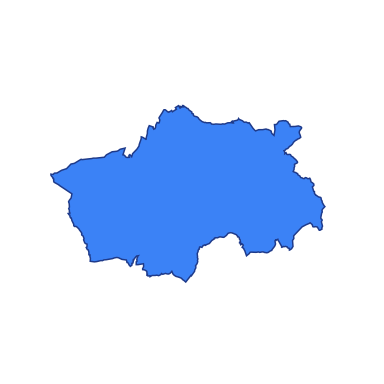 the district of Malovat, Mehedinti, Romania, rotated 120°
{"feature_id": "2599482B51625304248487", "entity_name": "Malovat", "entity_type": "district", "adm_level": 2, "iso_a3": "ROU", "parent_name": "Romania", "parent_adm1": "Mehedinti", "projection": "mercator", "projection_center": [22.741, 44.72], "detail": "fine", "context": "isolated", "style": "filled", "palette": "blue", "viewbox_px": 384, "rotation_deg": 120, "n_neighbors": 0, "source": "geoboundaries", "source_scale": "gbopen_adm2", "svg_char_len": 6051}
<svg xmlns="http://www.w3.org/2000/svg" viewBox="0 0 384 384"><g transform="rotate(120 192 192)"><path d="M283.9,195.9L283.2,194.2L283.2,191.9L283.4,191.4L284.7,190.5L286.3,189.6L285.9,189.3L286.7,188.9L286.7,188.1L285.6,186.5L286.3,186.0L284.2,184.8L282.8,182.3L281.6,180.9L281.1,179.0L279.0,177.6L277.9,177.7L277.9,176.2L275.8,174.3L275.3,172.4L274.6,171.1L273.0,170.2L270.8,169.8L272.6,167.3L273.0,165.8L273.1,163.7L272.5,161.5L272.0,158.6L272.1,157.6L272.6,156.2L272.6,155.0L273.1,152.4L264.7,151.2L264.9,150.6L259.4,150.1L258.0,150.7L256.1,150.7L254.9,151.2L254.3,152.0L251.6,151.8L249.5,152.2L248.6,153.0L246.9,153.5L246.2,154.5L245.5,154.7L242.7,156.7L240.4,157.0L239.3,157.6L238.0,157.2L237.9,157.5L236.6,157.5L236.1,157.9L235.4,157.6L235.0,155.7L232.7,155.6L232.4,155.0L231.7,154.8L231.3,154.3L231.5,153.7L231.3,153.5L230.5,153.3L227.9,151.2L224.1,150.6L221.2,149.1L221.0,149.5L220.0,149.1L218.9,147.0L216.9,145.5L215.6,142.2L215.2,141.7L212.4,140.5L209.7,140.1L208.1,138.5L207.4,136.9L206.8,132.3L207.3,130.8L208.0,130.1L207.6,129.7L207.8,128.4L209.1,127.3L209.2,126.6L210.8,125.2L211.7,125.7L212.3,125.4L212.2,124.7L213.2,123.7L213.4,123.4L212.6,123.0L211.9,123.5L211.9,122.3L212.4,121.0L214.9,120.9L215.0,119.1L215.9,118.0L216.4,117.0L220.0,112.9L216.6,111.6L215.3,111.6L214.6,110.9L212.2,106.3L210.7,104.5L210.4,103.1L208.8,101.3L208.1,99.9L208.2,99.3L207.2,96.8L206.2,95.8L203.7,94.6L202.7,93.7L202.1,93.9L197.8,93.3L195.8,93.5L194.6,94.1L193.7,95.1L192.6,95.7L192.0,95.0L191.5,95.5L191.3,95.1L190.0,94.0L191.0,93.1L191.1,92.5L194.2,87.3L195.0,86.8L195.0,86.5L193.5,85.7L193.5,85.1L192.4,83.9L192.1,83.0L191.9,82.2L192.4,81.7L192.5,80.6L192.2,79.6L193.6,78.6L193.1,78.2L191.4,77.4L188.7,77.3L183.7,80.7L181.5,80.5L179.2,82.0L178.8,82.0L167.1,79.2L163.4,76.9L160.5,74.7L159.6,74.3L160.1,71.7L161.6,70.0L161.3,69.0L160.1,67.5L159.7,65.9L161.5,62.7L161.2,62.1L159.2,60.9L158.2,61.6L156.3,61.9L153.6,64.6L152.7,65.2L151.6,65.1L151.0,65.5L150.7,66.2L150.8,66.7L150.2,67.4L149.4,67.8L145.3,69.2L144.6,69.1L143.6,69.6L143.2,70.1L141.8,70.4L138.2,69.6L137.7,71.0L135.9,74.0L134.8,74.8L134.0,76.2L132.6,77.3L132.4,77.9L133.0,80.1L132.7,83.0L132.9,83.3L132.4,83.9L132.4,84.5L132.0,85.2L130.4,86.2L130.6,86.9L127.4,90.3L125.5,89.7L124.2,90.5L123.8,92.2L123.7,94.0L121.8,95.8L121.2,96.9L121.7,97.1L122.6,98.5L122.5,100.0L122.9,101.1L124.3,101.5L124.8,102.7L124.7,103.7L125.1,105.2L124.2,106.5L124.1,109.0L123.2,109.8L123.5,110.7L123.2,111.8L123.5,112.4L123.7,114.6L121.1,115.0L120.1,115.7L118.5,115.9L116.8,117.1L114.1,115.4L113.4,115.5L113.0,116.0L112.0,118.6L111.8,120.2L111.3,121.8L111.2,124.1L110.4,125.4L110.7,126.5L111.7,127.7L111.9,128.4L111.9,128.9L111.0,130.2L112.3,130.8L111.5,131.1L110.2,133.0L109.4,132.3L107.8,132.0L106.4,130.8L103.6,130.3L102.8,129.7L100.6,129.0L98.0,128.9L95.5,128.1L94.5,127.3L93.7,127.2L91.9,125.8L90.2,125.2L88.7,126.7L87.6,128.2L86.5,129.1L85.2,129.4L82.1,129.0L81.3,129.4L81.1,130.4L81.6,132.9L83.7,135.5L86.2,139.6L84.6,141.1L84.8,141.3L84.1,143.1L83.5,143.7L83.4,146.5L84.2,147.5L84.3,148.2L85.0,149.2L87.2,152.0L90.8,152.5L91.3,152.7L92.4,154.3L96.7,151.2L102.0,149.3L101.4,152.1L100.3,153.6L99.8,153.7L99.6,154.4L99.9,157.6L100.4,158.2L100.4,159.3L102.7,162.0L104.7,165.4L107.3,167.5L107.1,168.7L106.3,171.1L103.4,177.1L103.7,177.5L104.2,177.7L104.4,180.1L105.5,181.6L105.1,184.0L105.5,187.4L105.1,188.4L106.1,188.2L107.3,188.8L110.1,191.8L110.3,192.5L111.0,192.8L111.0,191.5L111.5,190.6L111.7,190.8L112.4,192.8L114.2,195.6L116.8,197.7L117.8,199.7L118.8,200.6L121.2,205.4L122.5,207.0L123.4,209.1L122.9,210.3L122.9,210.9L124.8,213.9L125.0,215.2L125.5,215.7L126.0,218.4L125.6,221.2L125.1,223.0L124.6,223.6L124.4,225.4L125.1,227.6L125.1,228.4L124.8,229.2L123.9,229.7L123.7,230.2L124.0,231.3L122.8,232.2L122.5,235.5L121.7,237.2L122.0,238.1L121.7,239.9L121.9,240.7L121.7,241.2L121.5,242.7L121.8,243.3L122.9,242.4L123.7,244.9L124.3,243.8L125.3,244.3L124.0,246.9L127.2,248.6L128.1,246.9L132.3,249.1L131.6,250.4L133.8,251.5L133.7,251.7L134.7,252.4L134.5,252.7L134.7,253.6L134.3,254.8L134.2,256.4L134.7,257.3L135.3,257.5L137.7,257.4L144.1,257.7L144.4,257.6L145.7,255.9L148.5,255.0L148.9,255.3L149.2,257.0L152.2,256.8L154.1,255.9L155.6,255.7L156.7,256.5L155.9,257.2L156.1,258.5L155.7,257.8L155.1,258.1L155.9,262.2L158.6,261.9L161.5,261.1L163.7,259.9L167.8,258.8L169.2,258.1L169.4,258.2L169.3,262.1L169.6,263.5L171.4,262.6L177.1,261.5L178.7,260.9L182.3,261.1L188.5,262.6L191.6,261.9L190.7,264.5L191.7,264.9L192.6,264.5L193.3,263.6L194.6,265.6L194.8,266.6L194.7,267.2L194.1,268.4L194.0,269.5L194.3,270.4L187.4,271.9L190.9,275.6L193.4,276.7L194.4,277.6L197.1,281.3L202.6,284.7L205.7,285.3L210.7,292.1L212.0,294.4L213.1,295.5L219.0,303.5L219.1,304.4L226.0,308.2L228.3,310.8L234.5,312.3L238.4,315.8L243.0,318.4L244.5,320.6L246.2,321.0L247.1,323.1L248.2,322.3L249.3,319.3L249.9,319.1L249.9,318.2L251.7,317.3L252.5,316.3L252.4,310.7L252.6,310.5L253.6,295.1L257.6,293.7L260.7,294.1L262.2,294.0L263.5,292.5L266.4,290.6L268.2,290.4L268.8,289.3L270.2,288.5L271.3,287.2L272.5,288.5L273.2,287.1L273.1,286.3L274.5,285.2L275.1,284.3L275.2,284.0L274.9,283.5L276.8,281.7L279.0,278.4L280.2,277.6L280.5,277.1L280.5,276.2L279.8,275.4L279.9,273.9L280.6,271.3L281.0,270.8L282.4,267.5L283.1,266.6L283.6,266.6L284.4,265.9L284.6,264.2L286.5,262.1L287.6,262.0L289.7,259.4L289.9,258.1L289.6,256.8L292.1,255.5L292.9,255.9L294.0,254.2L294.2,253.8L294.0,253.0L294.2,252.7L295.7,251.2L297.9,249.9L298.0,249.4L297.6,248.9L299.1,248.0L300.1,246.9L302.9,245.5L301.3,241.6L299.8,239.6L297.0,236.7L296.2,235.2L294.8,234.3L293.5,232.4L289.4,227.5L287.8,226.2L286.3,224.4L285.7,222.8L285.4,219.0L283.7,214.8L285.5,213.1L285.2,212.7L285.6,211.6L287.0,209.3L286.9,208.4L287.1,208.2L285.6,207.5L285.0,207.6L283.9,208.4L283.2,207.7L281.7,208.0L281.2,208.6L280.0,208.4L279.7,209.0L278.5,208.3L277.4,208.5L275.2,208.0L274.1,206.7L275.2,206.9L275.8,206.5L276.6,206.6L277.7,206.0L278.0,206.1L279.4,205.0L280.3,205.4L282.8,204.0L281.9,202.4L278.4,198.2L280.4,196.8L281.8,196.4L282.9,196.5L283.9,195.9Z" fill="#3b82f6" stroke="#1e3a8a" stroke-width="1.5"/></g></svg>